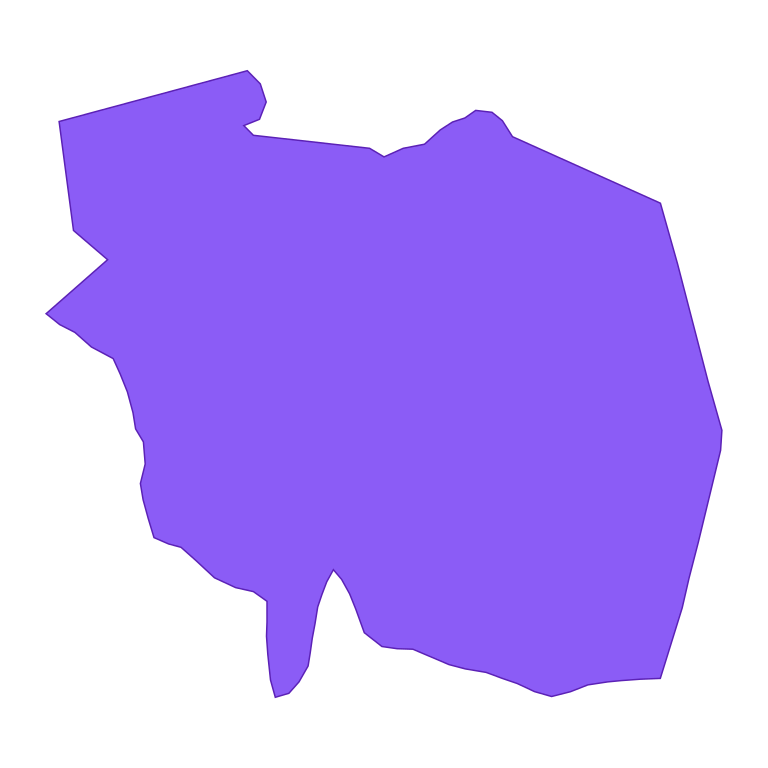 the district of Anadia, Alagoas, Brazil
{"feature_id": "56859067B99757854432451", "entity_name": "Anadia", "entity_type": "district", "adm_level": 2, "iso_a3": "BRA", "parent_name": "Brazil", "parent_adm1": "Alagoas", "projection": "orthographic", "projection_center": [-36.324, -9.663], "detail": "fine", "context": "isolated", "style": "filled", "palette": "violet", "viewbox_px": 768, "rotation_deg": 0, "n_neighbors": 0, "source": "geoboundaries", "source_scale": "gbopen_adm2", "svg_char_len": 1168}
<svg xmlns="http://www.w3.org/2000/svg" viewBox="0 0 768 768"><path d="M660.4,203.2L512.5,136.7L502.4,120.7L492.0,112.3L475.7,110.4L464.8,118.0L452.5,122.0L440.3,129.9L424.5,144.2L403.2,148.3L384.0,156.9L369.6,148.3L253.4,135.3L243.8,125.6L259.5,119.3L266.2,102.0L260.3,83.9L247.3,70.7L59.1,121.5L73.5,230.5L107.6,259.7L46.1,313.7L59.7,324.6L74.9,332.4L91.4,347.0L113.2,358.6L120.2,374.0L127.4,391.9L133.0,412.7L135.6,428.9L143.4,441.9L145.2,464.0L140.4,483.5L143.1,499.7L148.2,518.4L154.0,537.6L168.7,544.0L181.0,547.3L195.9,560.5L214.5,577.8L235.6,587.6L253.4,591.6L267.0,601.3L267.0,622.2L266.5,636.2L267.8,654.3L270.5,680.0L275.3,697.3L288.9,693.3L299.0,681.9L308.1,666.0L310.2,653.0L312.3,638.1L315.0,623.8L317.7,607.0L321.9,594.6L326.7,581.9L333.4,569.7L341.6,579.4L349.6,593.8L355.8,609.2L364.3,632.7L381.9,646.5L397.1,648.7L412.8,649.2L429.3,656.2L449.0,664.6L465.3,668.9L486.1,672.4L502.3,678.4L517.2,683.5L534.5,691.6L551.6,696.5L570.5,691.7L587.8,684.9L607.6,681.9L621.1,680.6L640.3,679.2L660.3,678.4L682.2,607.9L689.1,577.9L698.4,541.9L720.6,450.3L721.9,430.3L708.1,381.6L677.5,263.7L660.4,203.2Z" fill="#8b5cf6" stroke="#5b21b6" stroke-width="1.5"/></svg>